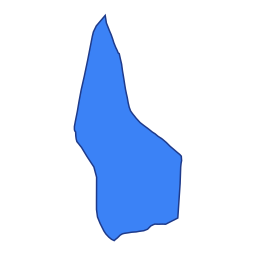 Kampong Chhnang, Kâmpóng Chhnang, Cambodia (Equal Earth projection)
{"feature_id": "14789045B67282211739519", "entity_name": "Kampong Chhnang", "entity_type": "district", "adm_level": 2, "iso_a3": "KHM", "parent_name": "Cambodia", "parent_adm1": "Kâmpóng Chhnang", "projection": "equal_earth", "projection_center": [104.678, 12.271], "detail": "fine", "context": "isolated", "style": "filled", "palette": "blue", "viewbox_px": 256, "rotation_deg": 0, "n_neighbors": 0, "source": "geoboundaries", "source_scale": "gbopen_adm2", "svg_char_len": 1220}
<svg xmlns="http://www.w3.org/2000/svg" viewBox="0 0 256 256"><path d="M181.1,163.2L181.6,160.6L181.3,156.2L179.8,154.5L177.0,152.2L174.0,149.6L170.1,146.3L166.3,142.5L162.2,139.0L157.9,136.2L155.1,133.8L152.4,132.1L148.4,128.9L144.1,125.7L140.1,122.6L136.2,118.3L132.6,113.8L130.6,111.0L129.2,107.2L128.1,102.4L127.3,97.8L126.4,93.8L125.5,89.4L124.7,84.5L124.0,80.0L123.3,75.6L122.5,70.9L121.6,64.2L120.4,59.0L119.2,53.6L118.3,53.1L117.7,51.8L117.3,50.7L115.7,47.4L113.8,42.7L112.7,39.1L111.2,34.8L109.6,31.1L108.2,27.5L106.4,23.0L105.2,15.4L100.1,21.4L96.3,25.9L93.4,31.9L92.3,36.4L87.7,60.0L84.3,76.2L81.2,89.8L79.0,101.6L77.3,111.6L75.4,121.1L74.4,126.5L74.4,129.4L74.7,130.8L75.6,131.9L75.8,135.9L76.2,139.0L76.9,141.6L81.5,147.4L87.0,156.5L93.9,167.0L96.6,177.2L96.5,201.7L96.5,205.5L96.5,209.5L97.5,217.0L100.1,223.4L102.0,227.2L103.9,231.0L105.9,234.0L108.8,237.1L111.5,239.3L114.2,240.6L115.5,239.4L117.4,237.9L120.2,235.1L122.5,233.8L124.6,233.3L128.1,232.8L131.8,232.2L136.1,231.9L139.4,231.3L143.8,230.7L147.6,229.2L150.7,226.0L153.0,224.8L154.8,224.1L158.2,224.2L162.5,224.1L165.7,224.2L169.0,222.5L177.8,218.0L180.1,183.8L180.7,167.0L181.1,163.2Z" fill="#3b82f6" stroke="#1e3a8a" stroke-width="1.5"/></svg>